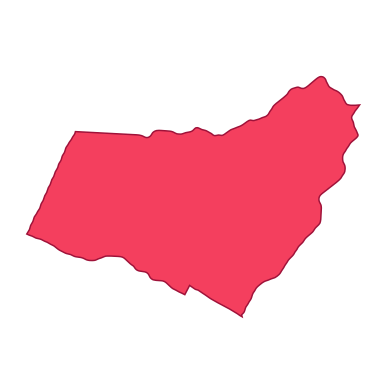 Duvergé, Independencia, Dominican Republic (Natural Earth projection), rotated 273°
{"feature_id": "3306468B24836928118485", "entity_name": "Duvergé", "entity_type": "district", "adm_level": 2, "iso_a3": "DOM", "parent_name": "Dominican Republic", "parent_adm1": "Independencia", "projection": "natural_earth1", "projection_center": [-71.582, 18.345], "detail": "fine", "context": "isolated", "style": "filled", "palette": "rose", "viewbox_px": 384, "rotation_deg": 273, "n_neighbors": 0, "source": "geoboundaries", "source_scale": "gbopen_adm2", "svg_char_len": 4701}
<svg xmlns="http://www.w3.org/2000/svg" viewBox="0 0 384 384"><g transform="rotate(273 192 192)"><path d="M141.4,29.2L140.5,31.4L139.5,34.8L137.9,38.4L137.6,39.8L137.1,42.6L136.7,44.0L135.1,47.5L134.2,50.1L132.4,53.6L131.6,55.5L131.0,56.8L130.2,58.0L128.1,60.9L127.0,62.7L125.9,65.2L124.3,68.8L123.9,70.2L123.4,73.0L123.1,74.3L121.8,77.3L121.4,78.6L121.2,80.0L120.8,84.4L120.5,85.8L120.1,87.1L118.8,90.1L118.5,91.5L118.3,92.9L118.3,95.1L118.4,96.6L118.6,98.1L119.0,99.4L120.5,102.3L121.5,104.9L122.9,107.8L123.4,109.1L123.6,110.6L123.8,114.5L123.8,121.7L123.7,124.0L123.4,125.5L123.2,126.2L122.5,127.6L121.6,128.8L117.3,133.9L116.4,135.1L115.1,137.2L114.7,137.7L112.5,139.4L111.7,140.3L111.0,141.4L110.8,142.0L110.4,143.3L109.8,149.0L109.4,150.4L108.8,151.5L108.4,152.0L107.6,152.8L106.5,153.5L105.0,154.3L104.0,155.1L103.2,156.0L102.6,157.1L102.3,157.8L102.1,159.2L101.9,160.7L101.8,165.8L101.7,167.3L101.3,168.7L100.7,170.0L99.8,171.3L95.9,175.9L95.0,177.1L94.3,178.3L93.2,180.9L91.5,184.4L90.5,187.0L89.1,190.2L98.6,194.5L95.0,200.4L94.3,203.3L91.1,208.6L90.0,210.5L87.5,214.5L86.4,216.3L82.8,223.5L79.2,231.2L77.1,235.7L72.8,243.7L72.1,244.8L71.0,246.6L70.0,248.6L72.0,248.0L73.9,249.7L75.0,250.4L76.2,250.8L78.7,251.4L79.9,251.8L83.1,253.7L85.4,254.8L87.5,256.1L88.6,256.6L89.8,257.0L92.3,257.6L93.5,258.0L94.6,258.5L96.7,259.8L98.4,260.6L99.6,261.3L101.1,262.6L103.1,264.7L105.0,266.9L106.2,268.6L106.9,269.9L107.9,272.5L109.3,275.4L110.3,277.9L110.8,279.2L111.6,280.3L112.4,281.4L114.2,283.3L115.7,284.4L118.0,285.6L121.2,287.5L123.5,288.6L126.6,290.5L128.9,291.7L130.4,292.9L133.3,295.5L134.3,296.3L135.4,297.0L137.1,297.8L140.2,299.8L142.0,300.6L143.1,301.3L144.1,302.1L146.9,304.7L147.9,305.5L150.7,307.1L151.8,307.9L153.3,309.3L156.7,312.9L158.2,314.4L159.3,315.2L162.1,316.8L163.1,317.6L165.9,320.2L166.9,320.9L167.5,321.3L168.1,321.5L169.4,321.8L171.4,322.0L179.5,322.0L182.9,322.0L184.9,321.7L186.1,321.3L188.7,319.8L189.8,319.4L190.5,319.2L191.7,319.1L193.0,319.2L193.7,319.4L194.3,319.6L195.5,320.3L197.0,321.7L209.1,335.6L210.6,337.2L212.1,338.7L213.7,340.0L216.0,341.2L218.1,342.5L219.2,343.1L220.5,343.5L221.8,343.6L223.1,343.7L224.4,343.6L225.7,343.4L226.9,343.0L229.6,341.5L230.1,341.2L231.4,340.9L232.7,340.7L234.6,340.6L236.0,340.7L237.2,341.0L238.4,341.5L241.0,343.1L243.3,344.2L245.9,345.9L248.2,347.1L249.3,347.8L250.8,349.2L254.1,352.8L255.1,353.7L256.1,354.4L256.6,354.7L257.2,354.8L257.7,354.8L258.2,354.6L261.8,352.9L265.5,350.7L266.8,350.3L269.9,349.5L271.0,349.0L273.0,347.9L274.2,347.6L274.8,347.5L275.4,347.6L276.6,347.9L279.2,349.5L281.4,350.6L284.5,352.8L287.7,354.8L287.1,350.2L286.9,346.4L287.0,344.9L287.2,343.6L287.5,342.3L287.9,341.8L288.7,341.0L292.2,338.8L294.4,337.8L295.6,337.2L296.6,336.4L297.5,335.5L298.8,334.0L299.9,332.3L300.5,331.1L301.4,328.6L303.5,324.6L304.1,323.7L305.0,322.9L308.1,321.1L309.1,320.5L311.4,319.5L312.3,318.8L313.2,317.8L313.8,316.7L313.9,316.0L314.0,315.3L314.0,314.6L313.8,313.9L313.6,313.2L313.2,312.6L312.5,311.5L310.7,309.4L303.9,302.2L302.6,300.6L301.9,299.5L301.3,298.2L301.2,296.9L301.3,295.6L302.2,292.9L302.2,291.8L301.9,290.7L300.6,287.1L300.3,286.5L299.6,285.4L298.2,284.1L297.2,283.4L294.9,282.2L293.4,280.9L290.9,278.3L284.8,271.4L283.4,270.0L282.4,269.1L281.4,268.4L279.1,267.3L276.5,265.6L273.7,264.2L272.7,263.4L271.5,262.0L270.9,260.8L269.9,258.2L268.4,255.3L266.7,250.5L266.5,249.4L266.8,247.0L266.8,246.4L266.4,245.2L265.3,243.5L262.0,239.4L260.8,237.6L260.1,236.3L259.3,234.4L257.9,231.4L256.8,228.9L256.2,227.6L254.9,225.8L251.2,221.2L250.5,220.0L250.2,219.4L250.1,218.7L250.1,218.2L250.3,215.7L250.1,214.7L249.6,212.7L249.5,211.5L249.6,211.0L250.1,210.0L251.3,208.4L253.8,203.3L254.2,202.0L254.9,198.5L256.3,195.1L256.5,193.9L256.3,192.7L256.1,192.2L255.4,191.4L253.8,190.0L253.0,189.1L252.4,188.0L251.9,186.7L250.9,182.6L249.7,179.6L249.3,178.3L249.2,177.6L249.2,175.4L249.3,174.0L249.7,172.7L251.0,169.8L251.4,168.3L251.6,166.8L251.7,163.7L251.8,158.1L251.8,155.8L251.5,153.5L251.0,152.1L250.7,151.5L250.0,150.5L249.1,149.6L248.6,149.3L247.0,148.4L246.0,147.8L245.2,147.0L244.5,145.9L244.2,145.4L244.0,144.0L244.0,143.3L244.3,142.1L245.3,139.8L245.7,138.5L246.1,136.2L246.2,133.8L246.2,72.4L244.3,72.0L243.2,71.5L240.6,69.9L238.2,68.8L235.1,66.8L232.8,65.7L230.2,64.1L229.0,63.6L227.2,63.2L224.7,62.5L222.0,61.0L220.9,60.5L217.7,59.8L216.5,59.4L213.8,57.9L212.7,57.4L209.6,56.7L208.4,56.2L205.1,54.5L200.2,53.1L197.0,51.4L192.0,50.0L188.8,48.3L183.9,46.9L180.6,45.2L175.7,43.8L172.5,42.1L171.2,41.7L168.7,41.1L167.5,40.7L164.4,38.9L162.0,37.8L158.9,35.9L157.6,35.5L155.1,34.9L153.9,34.5L151.2,33.1L150.1,32.6L147.0,31.9L145.7,31.5L141.4,29.2Z" fill="#f43f5e" stroke="#9f1239" stroke-width="1.5"/></g></svg>